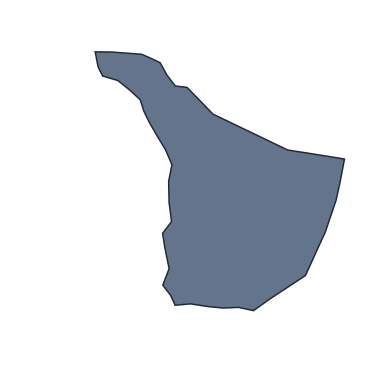 the district of La Pendé, Logone Oriental, Chad, rotated 20°
{"feature_id": "50815135B99305267844407", "entity_name": "La Pendé", "entity_type": "district", "adm_level": 2, "iso_a3": "TCD", "parent_name": "Chad", "parent_adm1": "Logone Oriental", "projection": "orthographic", "projection_center": [16.766, 8.864], "detail": "fine", "context": "isolated", "style": "filled", "palette": "slate", "viewbox_px": 384, "rotation_deg": 20, "n_neighbors": 0, "source": "geoboundaries", "source_scale": "gbopen_adm2", "svg_char_len": 843}
<svg xmlns="http://www.w3.org/2000/svg" viewBox="0 0 384 384"><g transform="rotate(20 192 192)"><path d="M61.3,106.9L61.4,107.0L68.4,113.6L84.0,112.6L98.9,117.6L111.8,123.1L119.3,132.7L128.3,141.4L141.1,152.1L152.7,161.4L163.8,173.2L166.4,190.0L174.1,209.8L182.9,226.8L178.5,240.9L185.4,253.4L196.7,271.8L196.4,289.5L207.2,296.4L214.9,304.2L228.9,297.6L246.2,294.2L260.6,290.5L275.3,284.5L290.4,282.4L301.3,266.5L327.2,231.6L329.7,199.3L331.0,183.8L330.6,169.9L330.6,169.3L330.6,168.2L330.2,150.4L327.8,132.2L324.0,108.9L284.2,116.5L277.9,117.8L276.3,118.1L267.3,119.8L217.0,114.8L185.2,111.7L163.0,100.9L162.7,100.8L162.4,100.7L151.5,95.4L140.0,98.1L132.4,93.2L128.6,90.8L117.8,81.4L108.3,80.5L97.5,79.8L68.4,88.0L53.1,93.4L56.4,98.9L57.1,100.2L60.4,105.6L60.5,105.7L61.3,106.9Z" fill="#64748b" stroke="#1e293b" stroke-width="1.5"/></g></svg>